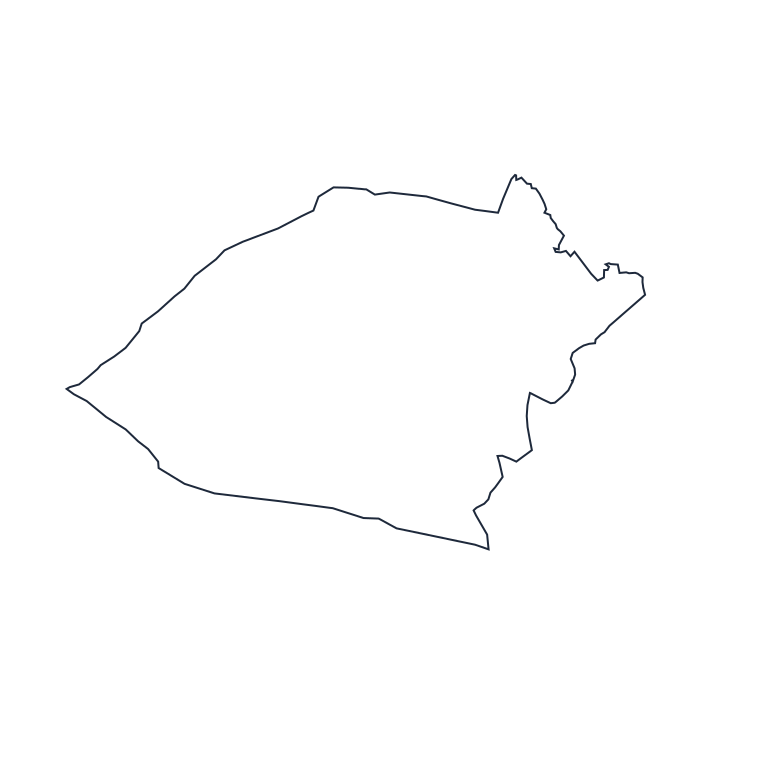 Voinjama, Lofa, Liberia, rotated 60°
{"feature_id": "62588387B81783560061544", "entity_name": "Voinjama", "entity_type": "district", "adm_level": 2, "iso_a3": "LBR", "parent_name": "Liberia", "parent_adm1": "Lofa", "projection": "mercator", "projection_center": [-9.823, 8.242], "detail": "fine", "context": "isolated", "style": "outline", "palette": "slate", "viewbox_px": 768, "rotation_deg": 60, "n_neighbors": 0, "source": "geoboundaries", "source_scale": "gbopen_adm2", "svg_char_len": 2601}
<svg xmlns="http://www.w3.org/2000/svg" viewBox="0 0 768 768"><g transform="rotate(60 384 384)"><path d="M344.1,621.2L370.8,606.6L372.3,605.2L375.5,602.3L394.0,585.5L418.9,552.3L419.5,551.5L433.5,532.7L447.2,514.9L455.6,503.9L464.1,492.9L465.9,490.5L476.7,480.7L481.4,476.4L489.8,468.8L497.9,455.9L500.3,454.4L508.4,449.5L515.3,445.3L546.7,410.1L558.0,397.5L559.5,395.8L568.7,385.5L579.5,376.1L573.5,373.4L566.0,370.0L559.9,370.0L543.9,370.0L538.3,369.6L538.0,368.6L537.4,365.7L537.8,357.0L536.1,351.3L531.3,346.1L529.9,341.9L529.4,340.4L529.1,339.5L526.9,334.5L523.8,327.7L510.0,323.4L503.1,321.7L503.7,320.5L505.3,317.4L511.3,312.5L517.4,308.2L516.7,302.4L515.3,289.7L515.2,289.0L503.9,285.1L493.1,281.2L483.1,276.4L474.0,270.3L464.7,262.1L465.3,261.6L467.2,260.4L476.2,254.6L477.4,253.8L484.0,249.2L485.6,245.5L485.4,244.3L485.4,243.9L485.3,243.5L483.9,235.9L483.5,234.4L481.9,228.3L481.7,227.6L476.5,219.8L476.3,219.5L474.1,219.5L476.1,219.2L471.7,214.1L471.3,213.7L465.7,211.1L455.7,209.8L453.3,207.1L452.7,206.5L451.4,205.0L450.5,197.1L450.5,191.9L451.8,186.2L454.2,180.8L451.3,178.5L449.5,171.3L449.4,167.0L449.1,166.4L446.3,159.6L445.5,155.3L443.0,142.6L437.3,113.3L430.4,111.4L425.0,109.2L421.0,106.7L415.4,109.1L413.3,110.9L410.6,116.4L408.4,118.4L405.6,124.5L397.5,121.8L393.5,127.7L391.9,128.8L391.2,132.2L395.0,130.6L397.0,133.3L395.4,136.4L401.4,140.1L401.7,140.3L401.3,146.7L401.2,147.3L392.1,149.5L364.7,152.9L366.6,158.6L359.7,159.9L358.4,165.1L355.4,169.3L351.6,168.8L354.8,165.4L351.1,163.0L345.5,154.0L339.9,154.9L336.8,156.1L335.2,156.3L331.4,155.4L327.7,156.1L323.6,156.6L320.8,155.5L315.9,159.4L313.8,156.1L308.3,154.9L303.8,154.5L297.0,154.2L296.8,154.2L290.7,154.8L288.3,158.1L284.2,156.9L282.0,160.0L274.0,161.8L273.7,165.9L273.4,167.4L269.4,165.3L268.5,166.0L270.2,171.2L283.2,188.3L292.7,199.6L289.0,204.4L284.3,210.5L278.6,218.0L274.9,221.7L263.7,233.0L260.9,235.8L255.2,241.4L249.6,246.9L242.7,253.6L240.8,256.3L237.8,260.4L221.0,283.3L215.4,297.2L206.6,302.0L205.6,303.6L202.9,307.3L202.4,308.1L196.1,316.9L188.5,329.4L189.0,345.1L189.1,347.1L198.5,358.4L198.0,363.7L197.4,372.0L197.4,372.4L197.2,377.3L196.3,398.1L196.0,399.9L191.9,424.8L191.2,429.3L190.2,435.1L188.5,455.3L192.0,467.1L195.4,492.1L195.6,493.8L201.6,509.2L203.4,521.6L203.5,522.1L203.7,523.0L208.1,543.5L210.5,563.6L215.8,569.5L220.5,581.8L223.5,589.7L225.3,603.9L226.0,619.9L227.7,624.6L230.1,637.0L231.9,648.3L230.1,655.6L229.6,657.7L229.6,661.3L237.8,657.7L250.1,650.0L273.7,641.1L294.2,630.4L310.7,625.6L322.4,620.8L338.3,618.4L344.1,621.2Z" fill="none" stroke="#1e293b" stroke-width="2"/></g></svg>